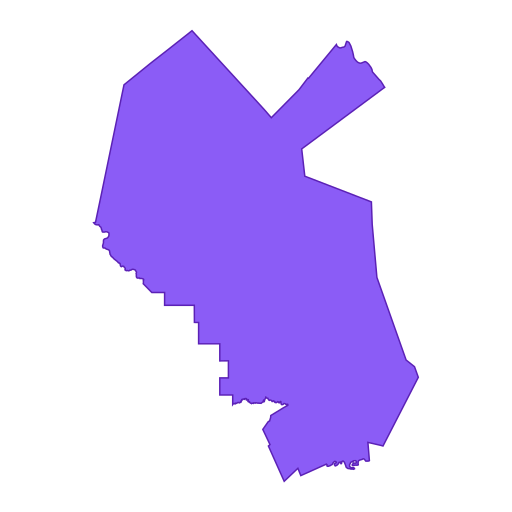 the district of Anáhuac, Nuevo León, Mexico
{"feature_id": "50627088B57971111763522", "entity_name": "Anáhuac", "entity_type": "district", "adm_level": 2, "iso_a3": "MEX", "parent_name": "Mexico", "parent_adm1": "Nuevo León", "projection": "orthographic", "projection_center": [-100.048, 27.323], "detail": "fine", "context": "isolated", "style": "filled", "palette": "violet", "viewbox_px": 512, "rotation_deg": 0, "n_neighbors": 0, "source": "geoboundaries", "source_scale": "gbopen_adm2", "svg_char_len": 5973}
<svg xmlns="http://www.w3.org/2000/svg" viewBox="0 0 512 512"><path d="M93.7,222.7L94.5,223.7L94.8,223.9L94.9,224.1L95.7,224.6L96.1,224.6L97.1,224.9L98.5,224.7L98.8,224.8L99.1,225.1L99.1,225.4L99.7,226.2L100.0,226.5L100.7,227.0L101.0,227.5L101.4,228.5L101.3,228.8L101.4,229.1L102.1,230.7L102.2,231.5L102.5,232.0L103.9,232.1L105.0,232.0L105.7,231.7L105.9,231.7L106.4,231.8L107.1,231.9L108.5,232.6L108.9,233.0L109.0,234.1L108.8,236.0L107.8,237.6L107.3,238.0L106.0,238.5L104.8,238.8L104.2,239.2L103.6,239.9L103.5,240.2L103.5,241.0L103.4,242.1L103.5,242.7L102.6,245.8L102.7,246.7L103.0,247.6L103.1,247.8L103.6,248.0L104.9,248.0L106.2,249.0L108.6,249.8L109.2,250.4L109.6,251.0L109.6,251.7L109.9,253.3L110.0,253.5L110.1,254.4L110.6,255.0L110.8,255.6L111.5,256.6L112.5,257.2L113.9,258.8L117.2,261.4L117.8,262.1L118.2,262.3L118.4,262.8L119.1,263.1L119.4,263.0L119.7,263.2L120.2,263.9L120.1,264.1L120.5,265.9L121.1,266.6L121.4,266.7L121.5,266.7L122.1,266.3L122.7,266.1L123.8,266.4L124.3,267.4L125.2,268.2L125.3,268.9L125.0,269.7L125.1,270.0L125.6,270.2L126.2,270.7L127.3,270.5L128.4,270.8L128.8,270.8L129.4,270.6L129.8,270.2L130.5,270.2L131.4,269.9L132.0,269.4L132.4,269.3L133.8,269.4L135.4,270.1L135.6,270.8L136.1,271.4L136.5,272.1L136.4,272.4L136.4,273.0L136.2,273.3L136.1,273.8L136.4,274.5L136.3,275.9L136.4,276.6L136.5,276.7L136.4,276.9L136.9,277.8L137.7,278.1L139.4,278.0L140.0,278.6L140.9,278.4L142.6,278.7L143.4,279.1L143.6,279.3L143.7,279.9L143.3,280.2L143.4,281.3L143.4,283.7L143.3,283.8L151.8,292.5L164.6,292.5L164.6,305.3L194.3,305.3L194.4,322.4L198.6,322.5L198.6,343.8L219.8,343.8L219.8,344.4L219.8,344.5L219.8,360.9L228.4,360.8L228.4,377.9L219.8,377.9L219.8,395.0L232.7,395.0L232.7,404.6L233.5,403.6L234.1,403.5L234.5,403.8L235.2,403.9L235.4,403.8L235.5,403.2L235.8,403.2L236.2,403.4L236.7,403.1L237.0,403.1L237.5,402.6L237.9,402.5L238.7,402.5L239.2,402.9L239.7,402.8L240.3,402.1L240.8,402.3L241.0,402.1L240.9,401.8L241.1,401.6L241.0,401.4L241.0,401.0L241.5,400.9L242.0,400.3L242.1,400.0L241.7,399.9L241.8,399.5L243.4,399.0L243.7,399.1L244.0,399.4L244.6,399.3L244.7,399.1L244.6,398.8L244.6,398.7L245.7,398.5L246.2,398.6L246.2,399.1L247.1,399.4L247.1,399.6L246.5,399.9L246.5,400.0L247.5,400.0L247.8,399.8L248.0,399.8L248.1,400.1L248.3,400.0L248.3,400.6L247.9,400.6L248.0,400.9L248.0,401.5L248.5,401.7L249.5,401.7L249.6,402.0L249.4,402.1L249.4,402.3L249.8,402.4L250.0,402.7L250.4,403.1L250.7,403.1L251.2,403.3L251.5,403.6L252.0,403.2L252.8,403.3L253.1,403.2L253.4,403.4L253.6,403.2L253.6,402.9L253.8,402.9L253.9,403.1L254.2,403.1L254.9,402.8L255.1,402.8L255.4,403.1L255.9,402.8L256.4,402.9L256.8,402.8L257.1,403.0L258.0,403.2L258.3,403.2L258.8,403.0L259.2,403.2L261.1,403.3L261.3,403.0L261.5,403.0L262.8,401.9L263.6,401.9L264.3,401.6L264.4,401.1L264.5,400.7L264.2,400.7L263.8,400.9L263.5,400.9L263.4,400.8L263.5,400.4L264.0,399.9L264.7,399.9L265.3,398.5L265.9,397.8L265.7,397.3L265.8,397.1L266.1,397.3L266.2,397.7L266.4,398.0L267.9,398.3L268.0,398.9L268.5,399.4L268.7,399.8L268.9,400.1L269.4,400.3L269.5,400.1L269.9,400.0L270.9,400.2L271.6,400.7L272.1,401.5L272.4,401.5L273.1,400.9L273.5,400.8L274.0,401.1L274.1,401.5L274.7,401.5L274.9,401.7L274.8,402.1L274.9,402.4L276.1,402.7L277.1,402.2L277.6,401.6L277.8,401.6L278.3,401.8L278.6,402.2L278.6,402.5L278.8,402.7L279.1,402.6L279.4,402.7L279.4,402.4L280.2,401.6L280.4,401.5L280.7,401.5L280.9,401.7L280.9,402.7L281.2,403.6L281.2,404.1L281.6,404.6L282.8,404.6L283.2,404.3L283.8,403.6L284.0,403.5L284.7,403.6L285.6,404.0L285.9,404.4L286.2,404.5L286.7,404.5L286.9,404.3L287.3,404.3L287.7,404.3L287.8,404.5L287.9,405.1L287.6,405.5L286.4,406.1L283.4,407.8L270.8,415.5L270.6,417.6L269.6,421.0L268.8,421.3L268.2,421.7L262.8,429.4L270.0,444.6L268.4,446.0L284.2,481.3L297.9,468.3L300.8,475.6L326.2,464.2L326.3,464.1L326.8,464.5L327.0,464.7L327.0,465.2L326.9,465.7L327.0,466.0L327.7,466.3L328.6,466.2L330.5,465.5L331.3,464.9L332.2,464.5L332.5,463.9L332.9,463.0L333.7,462.3L334.0,461.8L334.5,461.4L335.2,461.4L335.5,461.5L336.4,462.1L336.5,462.3L336.2,462.7L334.5,463.8L334.3,464.1L334.4,464.8L334.7,465.2L334.9,465.3L335.2,465.9L335.4,465.9L336.6,465.4L337.1,465.1L338.7,463.4L338.8,463.1L338.9,462.6L339.0,462.4L339.7,462.3L340.3,462.0L340.7,462.1L340.9,462.5L340.8,463.6L341.0,463.7L341.4,463.6L341.8,462.7L341.6,462.0L341.7,461.7L342.3,461.2L343.2,461.1L343.6,461.4L344.4,462.3L345.8,465.9L345.8,466.0L346.0,466.8L346.4,467.5L348.1,468.6L349.4,468.6L350.5,469.0L351.8,469.1L352.0,469.1L352.2,468.9L352.4,469.0L353.5,469.3L354.5,468.8L354.5,468.4L354.3,468.2L353.7,467.7L353.3,467.6L352.8,467.6L351.8,467.8L351.2,467.7L350.5,467.1L349.9,466.9L349.6,466.5L349.6,465.7L349.5,465.3L349.5,464.9L350.3,463.4L350.4,463.0L350.9,462.3L351.3,461.9L351.8,461.8L353.0,462.0L353.1,461.8L352.9,461.3L353.1,460.9L353.9,460.7L354.1,460.8L354.7,460.7L355.6,460.7L356.0,460.9L356.1,461.1L356.3,462.4L356.1,462.9L355.8,463.2L354.4,463.1L353.4,463.4L352.9,463.8L352.2,464.8L352.3,465.3L352.5,465.5L353.8,465.5L355.0,465.1L356.2,465.2L357.8,465.1L358.1,465.0L358.2,464.8L358.3,464.3L358.0,463.2L358.2,462.3L358.1,461.6L358.4,461.2L359.0,460.5L359.4,460.2L362.1,459.4L363.2,458.8L363.8,458.9L364.6,459.5L365.5,460.8L365.8,461.1L368.0,461.1L369.1,460.9L369.4,460.6L367.9,442.4L380.5,445.3L383.0,446.0L418.3,377.3L414.5,366.7L406.1,360.0L376.9,277.4L372.2,224.3L371.4,201.9L304.8,176.2L301.7,148.9L384.7,87.3L384.2,86.7L382.6,84.0L380.6,80.9L378.8,79.2L377.7,77.9L372.6,72.1L372.3,71.4L372.1,70.0L371.8,69.1L370.9,67.3L368.7,64.3L367.3,62.9L365.8,61.8L365.0,61.6L361.2,63.1L360.2,63.2L359.7,63.1L358.2,62.5L357.4,62.0L356.0,60.6L354.6,58.8L353.8,57.5L353.4,55.1L352.6,51.6L350.9,46.1L349.2,42.8L348.9,42.4L347.6,41.6L346.9,41.4L346.7,41.4L346.5,41.7L345.1,46.0L344.5,46.7L343.4,47.2L342.3,47.3L341.0,47.8L340.0,47.9L339.5,47.8L337.9,46.9L336.9,45.9L336.4,44.5L308.5,78.3L307.9,78.0L299.0,89.7L271.3,117.7L264.1,109.4L192.0,30.7L168.2,49.5L151.0,62.9L124.0,84.8L101.0,196.0L95.5,222.3L93.7,222.7Z" fill="#8b5cf6" stroke="#5b21b6" stroke-width="1.5"/></svg>